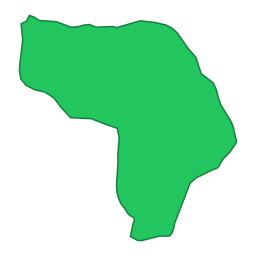 the Province of Kapisa
{"feature_id": "AFG-1768", "entity_name": "Kapisa", "entity_type": "Province", "adm_level": 1, "iso_a3": "AFG", "parent_name": "Afghanistan", "parent_adm1": "", "projection": "mercator", "projection_center": [69.606, 34.911], "detail": "fine", "context": "isolated", "style": "filled", "palette": "green", "viewbox_px": 256, "rotation_deg": 0, "n_neighbors": 0, "source": "natural_earth", "source_scale": "10m", "svg_char_len": 975}
<svg xmlns="http://www.w3.org/2000/svg" viewBox="0 0 256 256"><path d="M230.1,151.8L223.0,159.1L219.8,164.6L219.0,166.4L216.6,168.5L211.9,170.1L196.1,177.9L190.1,183.1L174.6,223.4L173.5,228.8L171.8,233.3L169.5,236.0L159.5,236.1L141.7,240.6L138.0,240.6L130.4,236.5L133.2,223.4L134.1,220.9L134.1,217.9L130.4,215.8L128.4,214.1L126.4,211.5L124.4,207.8L122.1,205.4L120.3,202.4L118.2,197.2L116.9,191.7L116.5,184.3L118.0,163.6L117.8,155.0L119.2,137.8L117.3,128.3L106.1,124.5L91.2,118.7L70.6,117.7L60.8,107.2L54.4,98.5L49.9,95.2L44.5,92.0L35.0,89.9L26.0,85.3L20.8,79.0L19.4,70.9L20.0,62.8L22.7,39.8L21.1,23.8L26.6,21.1L29.4,15.4L34.2,17.1L38.9,20.4L56.5,21.7L71.0,27.2L77.6,26.8L84.8,24.9L89.4,24.5L96.1,27.2L112.9,26.5L116.7,27.6L140.3,20.8L155.5,22.6L166.2,25.1L172.5,28.5L177.2,32.9L188.5,48.9L195.9,57.4L201.2,73.6L213.1,82.9L214.9,86.3L217.0,91.8L218.2,97.4L220.7,104.7L231.1,121.6L233.4,127.5L236.6,142.2L230.1,151.8Z" fill="#22c55e" stroke="#15803d" stroke-width="1.5"/></svg>